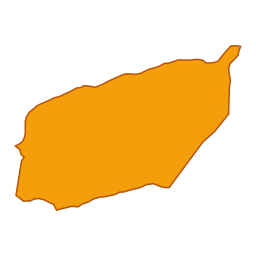 the district of Salgadinho, Paraíba, Brazil
{"feature_id": "56859067B88873151085436", "entity_name": "Salgadinho", "entity_type": "district", "adm_level": 2, "iso_a3": "BRA", "parent_name": "Brazil", "parent_adm1": "Paraíba", "projection": "mercator", "projection_center": [-36.847, -7.095], "detail": "fine", "context": "isolated", "style": "filled", "palette": "amber", "viewbox_px": 256, "rotation_deg": 0, "n_neighbors": 0, "source": "geoboundaries", "source_scale": "gbopen_adm2", "svg_char_len": 1285}
<svg xmlns="http://www.w3.org/2000/svg" viewBox="0 0 256 256"><path d="M16.0,195.4L20.0,198.3L23.3,201.1L29.9,201.0L34.9,198.9L38.7,198.5L44.6,200.0L48.6,202.1L53.6,204.4L56.6,210.2L62.0,208.6L67.0,207.5L71.3,206.4L78.2,206.8L82.7,203.8L88.4,202.0L93.2,199.1L99.5,197.1L104.6,196.8L109.0,195.8L113.0,195.0L116.3,193.9L119.7,192.1L123.7,192.0L127.6,190.8L132.8,189.3L137.8,188.3L141.8,186.9L146.5,184.6L153.5,183.7L161.6,186.9L165.5,187.6L169.2,187.5L200.4,145.3L203.2,141.7L215.0,131.1L228.6,114.0L229.4,87.2L230.4,79.9L229.4,75.0L228.6,68.7L230.0,63.7L234.2,59.5L238.0,55.5L238.8,51.4L240.6,46.4L236.2,45.8L230.9,45.9L227.7,49.5L224.8,52.6L221.0,57.3L218.1,61.2L213.1,62.7L206.4,63.1L203.3,60.5L197.6,59.3L191.2,60.0L185.0,60.1L178.3,59.9L172.7,61.8L169.2,63.0L164.6,63.3L159.6,66.0L155.6,67.6L149.7,69.0L145.1,71.1L141.0,73.2L136.1,74.3L130.6,73.9L125.2,73.9L120.7,75.6L116.8,77.4L111.5,79.7L106.5,82.2L101.3,84.9L95.4,87.2L88.8,86.1L84.0,85.6L80.6,87.6L76.7,88.0L72.7,90.1L69.6,91.8L64.9,93.9L59.7,96.4L54.4,97.8L48.3,100.7L44.8,102.3L40.4,104.1L36.9,105.9L33.7,108.7L29.4,112.1L26.2,117.4L25.3,121.5L25.3,127.0L25.3,133.0L24.7,136.7L22.9,141.1L20.2,143.4L15.4,146.1L19.8,149.6L20.9,154.3L24.2,157.1L21.5,160.9L16.0,195.4Z" fill="#f59e0b" stroke="#b45309" stroke-width="1.5"/></svg>